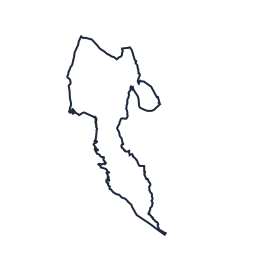 Álvaro Obregón, Distrito Federal, Mexico, rotated 304°
{"feature_id": "50627088B40867789831211", "entity_name": "Álvaro Obregón", "entity_type": "district", "adm_level": 2, "iso_a3": "MEX", "parent_name": "Mexico", "parent_adm1": "Distrito Federal", "projection": "natural_earth1", "projection_center": [-99.259, 19.318], "detail": "fine", "context": "isolated", "style": "outline", "palette": "slate", "viewbox_px": 256, "rotation_deg": 304, "n_neighbors": 0, "source": "geoboundaries", "source_scale": "gbopen_adm2", "svg_char_len": 5805}
<svg xmlns="http://www.w3.org/2000/svg" viewBox="0 0 256 256"><g transform="rotate(304 128 128)"><path d="M61.9,218.0L61.6,216.5L61.5,214.9L61.3,214.6L61.5,212.9L61.4,212.4L61.0,211.9L61.1,211.1L61.6,210.0L63.9,207.0L64.6,206.7L65.1,206.9L66.0,205.6L66.2,204.7L65.9,204.3L66.1,203.9L65.9,202.8L66.4,201.8L66.5,201.3L66.6,200.7L66.5,199.4L67.1,198.7L67.3,198.9L67.6,198.8L67.6,198.0L67.4,197.6L67.6,197.2L67.6,196.8L67.9,196.3L68.2,195.2L68.6,194.5L68.6,194.3L68.0,193.5L68.1,193.1L68.6,192.9L68.9,192.6L69.5,192.8L70.4,192.7L70.8,192.3L71.8,192.3L72.7,192.1L73.9,191.2L76.2,191.6L77.0,191.4L78.3,190.9L78.6,190.6L79.1,190.6L79.6,190.4L79.8,189.9L80.0,189.7L80.4,188.7L81.0,188.1L81.9,188.3L83.5,187.7L83.7,187.3L84.4,186.4L84.6,186.0L86.1,185.2L86.9,184.4L87.1,183.7L87.1,182.9L87.5,182.0L88.2,181.2L88.3,180.5L89.8,179.6L91.0,178.4L92.8,178.5L94.0,178.0L94.7,176.8L94.9,175.4L95.1,175.3L95.9,173.9L96.6,173.3L96.7,172.7L96.6,172.4L96.2,172.2L96.0,171.4L96.5,171.1L96.8,170.5L97.5,169.2L98.2,168.7L98.5,167.5L99.4,167.3L99.9,167.0L100.3,166.4L100.7,166.5L101.1,166.7L101.4,166.4L101.4,165.5L105.5,162.7L103.0,158.6L104.2,156.3L105.6,154.3L106.3,153.2L106.2,152.8L106.4,152.0L106.6,151.9L106.8,151.2L107.1,149.2L107.0,148.9L107.1,148.0L108.0,147.5L108.7,145.9L108.1,145.6L107.1,144.7L106.5,144.5L107.2,143.9L108.1,142.8L109.8,141.7L109.6,141.5L108.4,141.1L108.0,140.3L107.6,140.0L107.4,139.5L107.2,138.4L107.7,137.8L107.4,137.6L108.4,135.0L108.1,134.7L108.0,135.0L108.0,134.6L108.3,134.1L108.9,132.9L109.8,132.4L110.5,132.2L110.5,132.4L110.6,132.6L111.3,132.9L112.1,133.0L113.3,131.0L114.5,130.0L115.2,129.1L115.8,128.5L116.4,126.5L117.0,125.5L118.2,124.2L119.5,123.1L120.4,121.5L120.7,120.6L121.6,119.2L122.7,118.8L123.3,118.9L124.2,118.6L126.3,118.7L126.8,118.5L127.7,117.9L130.2,117.5L130.7,117.2L131.4,117.1L132.0,117.2L132.7,117.7L134.2,120.6L134.9,121.4L135.7,121.2L136.2,121.4L137.5,121.1L138.3,120.6L138.7,119.9L140.4,118.9L140.9,118.5L142.1,117.1L142.4,116.6L142.7,116.3L143.0,115.7L144.7,115.0L146.6,113.9L147.4,113.9L149.2,113.1L149.3,112.9L149.2,112.7L150.8,111.8L151.8,111.5L153.7,111.4L154.2,110.9L155.5,110.6L156.0,110.1L156.5,110.0L156.9,109.7L157.1,109.1L157.5,108.8L158.7,108.7L159.8,109.0L160.1,108.9L160.5,109.0L163.3,107.3L164.0,107.3L163.0,109.3L164.4,108.7L164.8,109.0L163.4,110.4L162.4,112.1L160.0,117.8L159.4,118.9L158.0,120.5L152.5,124.9L151.9,125.8L151.7,126.5L151.6,127.5L152.5,132.7L153.2,134.7L154.5,136.7L155.4,137.9L156.6,138.8L158.0,139.5L158.9,139.7L165.6,141.2L165.8,140.1L166.1,140.5L170.5,135.4L170.3,135.1L169.7,135.1L169.7,134.6L175.2,124.1L175.4,115.3L174.1,112.7L173.9,112.1L174.0,111.7L173.5,111.6L170.8,112.2L170.9,111.9L171.9,110.3L172.5,109.8L175.8,108.8L178.5,108.3L179.1,107.4L179.4,107.2L179.3,106.4L179.6,106.5L180.4,105.3L181.2,104.6L181.7,104.0L182.5,103.7L182.7,103.0L184.3,101.4L184.9,101.2L185.5,100.0L186.0,98.1L186.3,98.0L186.9,97.3L187.8,97.6L188.0,97.4L188.4,95.3L188.6,94.9L190.6,92.7L191.0,91.9L192.6,90.3L194.8,87.4L195.9,84.4L194.5,83.3L193.4,81.9L190.5,78.6L189.2,80.0L189.0,80.6L188.7,80.8L187.2,81.0L186.5,81.3L185.2,82.2L183.5,82.2L182.3,81.6L181.4,80.9L180.4,80.8L178.7,80.3L178.9,76.7L178.1,74.2L178.2,71.5L177.7,69.9L178.2,65.4L178.1,63.3L178.1,60.1L179.3,56.4L181.1,48.6L181.0,48.1L179.1,42.6L178.5,41.6L177.6,40.7L177.5,40.1L177.7,37.9L172.4,38.7L169.0,40.2L161.4,41.4L159.4,42.1L157.5,43.2L149.7,46.2L148.5,46.5L146.4,46.3L144.1,46.9L143.1,47.2L141.7,47.2L138.7,48.6L137.5,48.6L137.1,48.7L136.2,49.4L136.0,49.8L136.0,51.6L135.4,53.3L133.3,55.2L132.3,55.6L130.7,55.2L129.8,55.3L126.2,58.7L120.1,63.3L116.8,66.8L116.1,67.3L114.4,68.2L111.6,68.8L110.6,69.9L109.4,69.7L108.9,69.8L108.5,70.1L108.3,70.8L108.6,71.9L109.9,71.5L110.0,72.4L110.0,73.0L109.7,73.9L109.2,74.4L109.8,74.8L110.3,74.7L110.9,74.1L111.7,72.7L111.9,71.7L112.5,71.3L112.8,71.6L111.4,75.8L111.3,76.6L111.6,79.0L111.5,79.8L111.3,80.2L112.8,81.0L114.8,81.7L115.6,82.2L116.2,82.9L116.4,83.4L117.5,90.1L118.0,92.6L117.9,94.3L118.2,94.5L118.8,94.4L118.9,94.8L118.0,95.5L117.5,96.3L116.8,96.4L116.3,96.8L116.5,96.9L117.1,96.5L117.6,96.6L118.2,96.4L118.2,96.5L117.2,97.1L116.8,97.1L116.6,97.5L115.6,97.7L115.3,98.0L114.6,97.8L114.3,98.6L113.7,98.8L113.6,99.4L113.0,99.5L112.9,100.1L112.4,100.3L112.1,100.7L111.3,100.7L110.5,102.2L109.9,103.0L108.9,102.9L107.8,103.8L100.9,107.4L99.9,107.5L99.3,107.8L98.5,107.7L98.6,108.2L99.4,108.7L99.5,109.0L99.5,109.8L99.4,110.0L99.1,110.1L97.9,109.7L96.2,108.6L95.6,108.5L95.1,108.7L92.9,114.3L92.9,115.0L93.6,115.8L92.5,115.3L92.1,114.9L92.1,114.2L92.7,112.3L92.7,112.0L92.5,111.9L92.1,112.1L91.1,113.3L90.5,114.7L89.5,116.4L89.4,117.2L89.9,118.7L90.0,119.1L89.2,120.8L89.1,121.7L89.4,123.2L90.0,123.6L90.3,124.0L90.1,124.6L88.5,125.1L87.8,125.5L87.5,126.2L87.3,127.3L86.8,128.8L86.6,129.2L86.3,129.3L85.8,128.6L85.2,129.0L84.9,129.0L84.8,128.8L84.9,128.1L84.6,127.5L83.4,126.9L82.9,126.1L82.6,124.8L82.1,124.5L81.6,123.7L81.3,123.7L81.2,125.9L80.8,126.4L80.6,127.4L80.2,127.6L80.1,127.9L80.6,128.5L80.7,129.3L81.7,132.4L81.3,134.0L80.8,134.3L80.6,135.2L80.6,137.1L80.2,137.1L79.3,135.8L78.8,135.4L77.9,137.2L77.3,137.6L76.5,139.5L76.1,139.5L75.5,138.7L75.2,138.8L75.2,139.9L74.8,141.1L73.9,141.8L73.6,141.7L73.4,141.4L73.4,140.6L73.4,140.0L72.7,139.2L72.5,139.3L72.2,140.0L71.7,139.9L71.4,140.0L71.1,140.4L70.9,141.3L70.8,141.6L71.1,142.6L70.1,142.8L69.6,143.4L69.4,143.9L69.3,145.6L68.7,145.6L68.3,145.8L67.7,146.6L67.1,147.1L67.6,148.0L67.1,149.9L66.8,150.3L66.5,151.5L66.5,152.3L66.7,152.8L66.5,153.2L66.6,153.5L66.5,154.1L66.6,154.9L66.9,155.9L67.0,156.7L67.7,157.8L67.3,160.1L67.0,160.6L66.9,161.7L67.3,163.6L67.7,164.3L67.7,165.9L67.3,168.4L66.9,168.9L66.7,170.0L66.8,170.6L66.5,171.3L66.5,172.2L66.3,173.6L65.0,175.3L60.7,183.9L60.8,199.0L60.2,212.0L60.1,218.1L61.9,218.0Z" fill="none" stroke="#1e293b" stroke-width="2"/></g></svg>